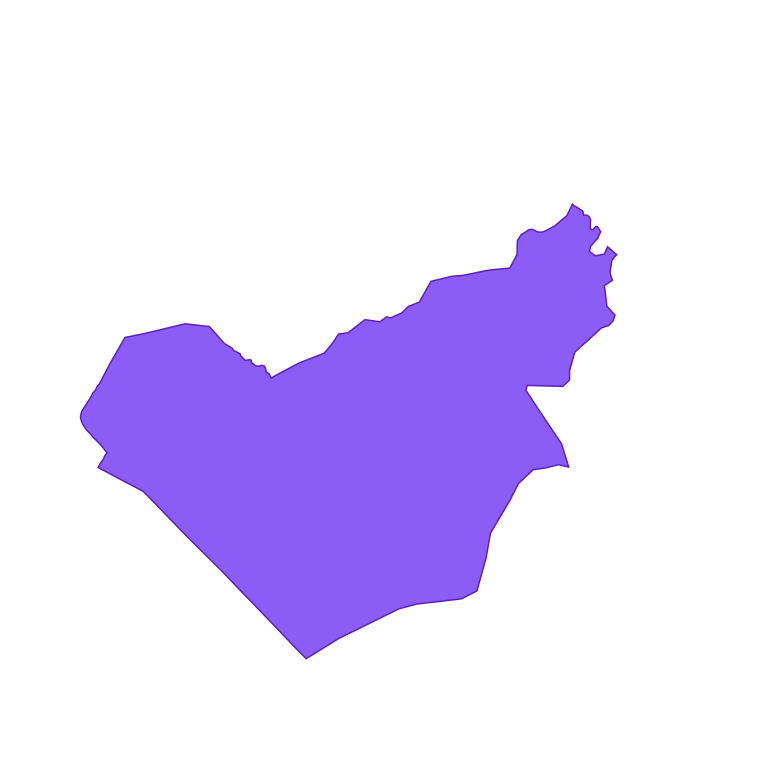 the district of Niono, Ségou, Mali, rotated 226°
{"feature_id": "8926073B49172345831470", "entity_name": "Niono", "entity_type": "district", "adm_level": 2, "iso_a3": "MLI", "parent_name": "Mali", "parent_adm1": "Ségou", "projection": "mercator", "projection_center": [-5.761, 14.688], "detail": "fine", "context": "isolated", "style": "filled", "palette": "violet", "viewbox_px": 768, "rotation_deg": 226, "n_neighbors": 0, "source": "geoboundaries", "source_scale": "gbopen_adm2", "svg_char_len": 2151}
<svg xmlns="http://www.w3.org/2000/svg" viewBox="0 0 768 768"><g transform="rotate(226 384 384)"><path d="M196.0,459.2L217.8,470.2L260.4,477.8L281.1,481.8L283.4,486.1L258.0,511.1L258.0,520.2L264.8,526.9L274.4,543.4L273.9,556.4L273.3,579.5L270.0,586.1L270.3,592.5L273.0,598.0L285.0,598.3L301.7,610.9L299.9,620.4L302.2,621.4L306.3,623.5L309.4,626.7L311.5,629.9L314.5,633.5L315.0,636.0L315.3,638.5L315.3,641.2L327.4,640.2L324.4,632.6L329.6,625.0L336.7,623.8L339.6,628.5L340.4,639.0L343.1,645.7L348.7,646.8L350.2,645.8L349.9,643.8L349.8,641.6L351.0,640.4L352.5,640.4L354.0,641.8L358.8,646.8L362.0,647.7L364.0,647.5L365.5,646.4L366.6,645.0L367.8,645.3L368.8,646.3L369.5,646.8L370.8,647.0L373.0,646.5L377.3,645.5L380.4,644.5L382.5,644.5L378.1,632.7L379.1,616.5L382.5,605.0L383.9,602.7L386.5,600.2L392.1,598.2L394.5,595.3L395.0,591.4L395.7,588.3L396.1,586.5L394.4,579.5L389.3,574.2L384.7,569.6L380.0,555.0L391.5,540.6L395.8,534.4L407.2,516.3L414.3,507.7L425.2,489.1L418.4,466.4L422.8,455.6L422.8,446.1L427.0,434.5L430.5,432.6L431.6,424.3L443.5,415.0L445.9,393.6L451.5,386.0L449.1,375.3L447.7,362.5L458.0,337.7L465.7,311.1L466.6,307.0L467.7,307.3L471.0,308.4L474.8,307.6L477.2,309.5L478.3,309.9L479.9,310.4L482.2,309.2L482.5,308.8L483.7,306.4L485.3,304.9L487.3,304.2L490.1,303.8L491.0,303.2L492.9,304.8L494.4,304.7L497.4,300.5L501.6,300.7L503.8,300.3L505.7,301.5L512.6,299.1L515.5,299.6L523.9,297.3L546.6,298.3L565.5,282.7L586.8,246.6L597.4,230.0L588.8,200.3L581.7,179.1L581.5,175.6L580.0,172.4L579.8,168.3L578.6,164.9L577.8,162.5L576.1,154.9L574.4,147.9L572.2,144.0L571.5,143.3L570.4,142.1L566.9,140.3L564.5,139.4L558.9,138.2L550.8,138.0L548.2,137.7L537.6,138.0L534.3,137.7L529.5,137.2L526.8,137.0L526.7,135.1L526.2,132.8L525.0,130.4L524.6,128.1L523.9,124.6L522.5,120.3L499.2,127.9L480.5,134.1L474.2,136.1L473.4,136.1L466.3,136.3L451.4,136.3L411.6,136.3L361.3,137.4L331.4,137.2L308.1,137.3L285.0,137.2L255.7,137.0L240.5,137.2L240.3,138.1L232.3,174.9L211.9,238.6L203.1,254.5L175.6,290.6L170.6,307.1L188.3,337.1L202.8,357.0L212.8,393.6L219.0,411.6L218.7,431.8L211.3,442.1L204.8,453.4L196.0,459.2Z" fill="#8b5cf6" stroke="#5b21b6" stroke-width="1.5"/></g></svg>